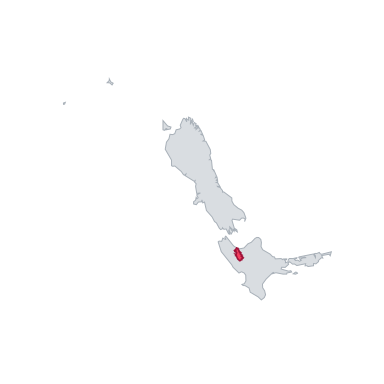 location of Manawatu District, Manawatu-Wanganui, New Zealand, rotated 111°
{"feature_id": "76426892B10896556014", "entity_name": "Manawatu District", "entity_type": "district", "adm_level": 2, "iso_a3": "NZL", "parent_name": "New Zealand", "parent_adm1": "Manawatu-Wanganui", "projection": "mercator", "projection_center": [175.693, -40.12], "detail": "fine", "context": "in_parent", "style": "filled", "palette": "rose", "viewbox_px": 384, "rotation_deg": 111, "n_neighbors": 0, "source": "geoboundaries", "source_scale": "gbopen_adm2", "svg_char_len": 5936}
<svg xmlns="http://www.w3.org/2000/svg" viewBox="0 0 384 384"><g transform="rotate(111 192 192)"><path d="M202.8,144.4L204.2,144.5L210.3,139.8L212.8,138.7L213.5,138.6L212.1,140.1L212.4,141.1L211.0,144.3L212.2,143.8L212.9,141.5L213.7,141.1L213.4,139.8L217.1,140.3L215.8,142.5L213.9,143.8L215.1,143.9L217.9,141.6L217.9,142.9L214.3,146.8L215.4,148.9L214.5,150.7L215.5,150.4L216.8,151.8L216.0,153.6L212.1,158.1L211.5,160.4L208.0,164.4L204.1,171.9L196.9,176.7L198.3,178.1L195.8,179.9L197.8,179.6L199.1,182.5L202.3,183.4L202.6,186.2L200.5,187.0L198.4,185.7L195.5,186.2L196.5,185.0L195.2,184.2L193.0,186.6L189.9,183.8L191.6,187.1L185.4,190.7L182.8,191.1L181.8,193.1L180.3,193.2L181.2,193.8L179.2,204.1L177.4,204.1L179.1,205.2L178.8,206.3L176.7,209.3L173.9,217.3L174.9,219.2L174.8,220.5L169.5,222.6L161.7,232.3L154.6,233.7L150.6,232.6L146.0,233.2L145.3,230.5L143.7,229.0L139.6,229.1L137.6,226.1L135.9,225.3L133.9,226.9L127.4,226.6L126.2,226.2L126.0,225.0L128.4,222.0L126.2,223.6L125.2,223.5L126.2,222.1L126.1,220.8L123.4,222.1L123.6,219.5L129.5,217.8L127.2,217.5L127.0,216.6L129.3,214.7L126.3,214.9L126.8,212.6L128.5,212.6L127.9,210.9L131.3,212.6L130.9,211.0L132.2,210.6L129.8,209.4L129.8,207.7L131.0,206.5L132.6,207.0L131.5,205.6L134.4,202.7L135.0,204.9L135.3,201.7L138.9,198.8L140.4,199.9L139.7,197.2L145.8,190.2L149.3,188.3L151.1,188.7L154.2,186.5L155.6,187.3L155.1,185.8L155.5,185.1L163.5,181.1L163.5,179.8L164.3,179.6L163.8,179.3L168.3,174.9L170.2,175.2L169.1,174.0L171.0,172.9L172.8,173.8L171.7,172.4L173.4,171.6L174.3,172.7L174.3,171.1L177.1,167.6L177.6,170.4L177.9,170.0L177.8,167.3L179.7,164.1L181.2,163.4L180.5,162.5L183.3,152.7L186.2,151.5L188.8,148.5L190.6,143.2L191.1,139.1L192.7,136.1L197.1,132.3L200.8,132.3L198.2,132.7L197.9,134.7L198.6,136.3L201.3,137.5L202.8,144.4ZM201.0,41.7L204.9,48.2L206.8,46.2L207.1,47.7L210.9,49.5L211.6,48.9L214.7,50.6L215.2,52.9L217.3,52.1L220.0,57.0L219.6,58.3L220.4,60.0L218.2,60.2L223.1,67.8L222.5,70.5L223.3,72.3L222.1,75.8L224.1,76.8L224.9,75.9L229.0,78.0L230.1,81.3L232.0,81.2L231.3,73.5L230.1,71.5L231.0,70.3L233.6,74.4L234.7,74.2L236.0,77.5L237.3,84.7L239.0,87.0L238.1,86.6L237.9,87.2L238.7,87.9L246.7,91.6L252.7,93.2L256.1,91.7L258.2,88.8L261.6,86.5L264.7,86.7L267.9,88.6L266.2,92.7L264.7,101.7L261.2,104.3L260.4,108.9L261.0,110.8L260.4,112.3L258.9,110.3L255.7,109.8L250.4,112.0L248.9,114.3L248.7,117.2L250.8,119.1L247.6,126.6L245.7,128.8L237.2,143.3L229.2,149.7L228.1,149.1L227.4,146.6L224.0,146.7L224.3,143.8L223.8,143.5L222.5,145.1L221.1,144.6L227.4,133.9L228.5,128.7L227.3,126.0L225.6,123.4L220.3,121.2L217.7,118.6L212.7,116.5L211.2,115.2L210.6,113.5L211.6,110.8L214.3,109.1L218.2,108.0L220.6,105.3L222.0,96.7L223.5,93.6L223.1,91.7L224.6,90.3L222.2,84.9L222.7,83.3L221.9,83.0L220.5,79.6L221.4,79.5L222.3,81.4L223.1,79.8L224.6,79.4L222.8,77.3L220.7,77.9L219.2,77.3L218.0,74.0L215.7,70.5L216.4,70.4L218.3,72.2L218.9,70.8L217.7,68.8L218.2,66.8L216.7,65.6L216.5,66.9L213.9,65.0L212.4,61.9L212.5,63.5L215.4,68.1L214.6,69.0L214.1,68.6L206.4,56.5L209.0,53.2L207.4,53.8L206.0,55.8L205.2,55.0L204.7,53.5L202.8,51.5L203.7,50.3L203.7,48.7L197.9,40.5L202.0,40.1L201.0,41.7ZM140.9,234.8L143.2,238.4L141.9,238.2L142.0,239.0L144.3,239.8L144.3,241.4L135.7,244.7L139.1,238.5L138.9,234.9L140.9,234.8ZM119.6,308.0L120.4,310.4L117.6,309.2L116.1,309.7L118.3,307.3L118.7,304.6L120.7,305.0L119.6,308.0ZM231.6,65.9L232.1,68.2L229.6,66.5L229.5,65.2L230.1,64.4L231.6,65.9ZM212.4,137.8L210.8,138.7L211.2,136.7L213.0,135.4L212.4,137.8ZM126.4,216.8L126.2,218.1L123.8,217.6L125.7,216.1L126.4,216.8ZM155.6,342.4L156.2,343.4L155.0,343.9L153.7,342.4L155.6,342.4ZM129.2,208.7L129.7,210.7L128.2,209.7L129.2,208.7Z" fill="#d9dde1" stroke="#a8b0b8" stroke-width="1"/><path d="M238.9,122.4L238.7,122.3L238.1,122.1L237.7,121.6L237.4,121.6L237.3,121.8L237.2,121.8L237.0,121.7L237.0,121.8L237.0,121.7L236.9,121.6L236.6,121.5L236.6,121.3L236.4,121.3L236.5,121.2L236.4,121.2L236.3,121.3L236.2,121.2L236.2,121.3L236.1,121.2L235.9,121.1L235.7,121.0L235.3,121.2L235.2,121.1L235.0,121.3L234.9,121.2L234.9,121.3L234.8,121.5L235.0,121.6L234.8,121.7L234.7,121.7L234.6,121.8L234.4,121.8L234.4,122.0L234.3,121.9L234.2,121.9L234.2,122.0L234.3,122.1L234.1,122.2L234.1,122.3L233.9,122.2L233.9,122.3L233.8,122.2L233.7,122.3L233.7,122.2L233.7,122.3L233.5,122.5L233.4,122.7L233.3,122.8L233.2,122.9L233.2,123.0L233.2,123.3L233.1,123.5L233.0,123.4L233.0,123.5L233.0,123.8L232.9,123.8L232.6,124.0L232.4,124.2L232.4,124.3L232.4,124.5L232.3,124.4L232.2,124.3L232.2,124.2L232.1,124.3L231.9,124.4L231.9,124.5L231.7,124.5L231.5,124.8L231.4,124.9L231.3,125.0L231.3,125.3L231.2,125.2L231.2,125.3L231.1,125.5L231.0,125.4L230.9,125.4L230.9,125.5L230.7,125.8L230.8,125.9L230.9,126.0L230.7,126.2L230.7,126.3L230.7,126.5L230.5,126.9L230.3,126.9L230.3,127.0L230.2,127.0L229.9,127.1L229.7,127.2L229.6,127.3L229.5,127.5L229.4,127.5L229.5,127.5L229.4,127.6L229.5,127.7L229.4,127.8L229.3,128.0L229.2,128.2L229.2,128.3L229.0,128.5L228.9,128.6L228.7,128.8L228.5,128.7L228.4,128.7L228.2,128.7L228.1,128.8L228.2,129.3L228.2,130.0L228.2,130.3L228.8,130.2L228.8,130.4L229.2,130.5L230.6,131.0L230.8,131.1L230.8,130.9L230.9,131.0L231.0,131.1L231.0,130.9L231.1,131.0L231.3,130.9L231.3,131.0L231.2,131.0L231.3,131.0L231.5,131.0L231.5,130.9L231.6,130.7L231.8,130.6L232.1,130.6L232.0,130.4L231.9,130.2L232.0,130.1L231.9,130.0L232.1,129.9L231.8,129.6L232.8,128.8L232.6,128.6L232.8,128.4L233.0,128.4L233.1,128.5L233.6,128.7L234.1,128.7L234.4,128.5L234.4,128.4L234.5,128.4L234.5,128.5L234.7,128.8L234.7,129.0L235.1,128.3L235.2,128.0L235.4,128.0L235.4,128.3L235.5,128.0L235.8,128.2L235.8,127.9L235.9,127.7L236.2,127.3L236.2,127.2L236.5,126.9L236.7,126.6L236.9,126.6L237.2,126.4L237.3,126.2L237.5,126.0L237.7,125.8L237.8,125.5L237.8,125.4L238.3,125.1L238.4,124.9L238.3,124.7L238.4,124.4L238.5,124.2L238.7,123.9L238.8,123.7L238.9,123.3L238.8,123.2L238.7,122.9L238.8,122.8L238.9,122.7L239.0,122.7L238.9,122.4L238.9,122.4Z" fill="#f43f5e" stroke="#9f1239" stroke-width="1.5"/></g></svg>